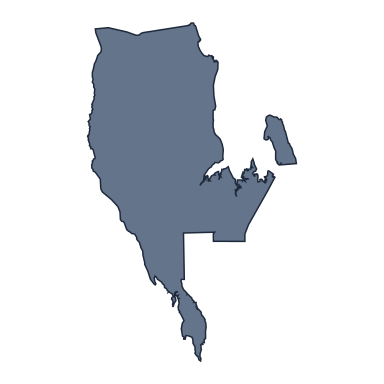 outline of Kati, Zanzibar South and Central, United Republic of Tanzania
{"feature_id": "72390352B68738670078554", "entity_name": "Kati", "entity_type": "district", "adm_level": 2, "iso_a3": "TZA", "parent_name": "United Republic of Tanzania", "parent_adm1": "Zanzibar South and Central", "projection": "robinson", "projection_center": [39.392, -6.207], "detail": "fine", "context": "isolated", "style": "filled", "palette": "slate", "viewbox_px": 384, "rotation_deg": 0, "n_neighbors": 0, "source": "geoboundaries", "source_scale": "gbopen_adm2", "svg_char_len": 6004}
<svg xmlns="http://www.w3.org/2000/svg" viewBox="0 0 384 384"><path d="M95.3,28.9L95.9,33.0L101.0,46.4L101.4,48.8L101.0,51.8L97.8,55.4L95.8,61.3L94.5,63.6L93.0,70.6L92.4,72.0L92.3,76.6L93.1,79.3L92.3,82.2L93.8,84.3L93.7,87.1L94.8,89.0L94.3,93.6L94.9,95.2L93.9,96.9L94.3,98.7L91.8,104.5L92.5,105.3L91.9,106.4L92.0,107.8L93.0,109.2L91.9,110.4L92.1,111.9L91.5,113.7L89.6,114.5L90.4,119.1L88.2,121.5L89.0,123.1L89.2,125.8L90.3,126.5L89.5,128.3L89.8,130.4L89.3,131.7L89.2,134.0L88.6,134.7L88.5,135.8L87.9,135.6L87.6,136.4L88.7,138.9L88.2,139.8L89.8,144.2L89.4,145.6L90.8,146.9L90.5,147.5L91.1,148.3L90.9,148.7L92.2,148.7L93.1,149.6L95.2,157.8L94.8,158.7L93.6,159.0L93.2,160.4L92.3,161.1L92.5,162.8L91.7,164.9L91.9,168.1L92.9,169.3L93.3,171.2L95.2,172.1L100.3,179.1L100.7,187.4L101.1,189.5L102.5,192.1L111.4,199.5L117.9,206.6L120.0,211.9L120.4,219.4L121.6,221.2L123.5,221.7L124.4,223.1L126.8,229.8L127.5,230.0L128.2,231.0L130.8,232.5L131.4,233.4L134.7,234.1L136.8,237.6L136.6,238.7L137.4,240.2L139.4,242.4L141.0,247.9L142.7,251.0L143.0,255.3L144.8,263.0L144.7,264.4L147.8,271.1L150.5,279.4L154.4,284.4L155.4,284.8L155.9,283.7L154.8,281.6L154.2,277.8L155.0,277.1L155.1,276.1L156.2,276.9L157.4,279.2L161.7,282.1L162.5,283.7L164.3,285.3L164.6,287.6L166.4,288.5L167.4,290.6L168.4,291.3L168.2,292.3L168.9,291.7L172.1,294.0L173.4,296.4L171.8,297.7L171.6,299.3L172.6,300.3L173.1,302.2L172.5,304.3L173.1,305.4L172.6,306.2L172.9,306.5L173.4,306.2L174.0,303.6L175.9,300.7L175.4,297.9L174.7,297.1L174.6,293.0L176.2,291.6L178.1,291.9L176.6,292.0L175.1,293.0L176.3,296.0L178.1,295.4L177.5,296.4L177.6,298.0L179.1,298.5L178.3,299.2L179.1,303.0L178.1,307.1L178.6,310.1L179.8,311.3L179.3,312.1L180.8,314.1L184.0,320.6L182.3,323.3L181.3,328.8L182.5,336.1L184.0,337.1L183.7,339.1L185.3,339.1L185.8,335.6L188.3,335.8L191.9,337.2L192.9,339.7L193.0,343.3L195.1,347.1L194.9,348.7L195.5,352.1L194.9,353.2L196.6,355.7L197.9,356.6L199.0,359.9L200.6,361.0L200.9,358.5L200.0,356.8L200.0,353.9L201.4,349.5L201.0,348.8L201.1,347.0L200.6,345.1L201.7,344.0L202.0,344.6L202.9,344.4L202.6,343.1L203.4,342.4L204.3,342.6L204.0,340.4L204.7,339.6L204.5,339.2L205.6,338.4L205.5,331.0L206.1,327.5L205.8,323.0L204.9,320.8L205.1,319.7L202.9,316.2L201.8,315.5L201.0,312.0L198.5,309.2L197.9,308.9L197.6,309.3L196.9,308.6L197.5,308.1L196.8,306.3L196.3,306.4L196.7,305.9L196.0,304.0L196.1,302.5L193.6,302.4L194.0,301.3L192.0,299.2L191.8,298.0L187.8,294.2L187.0,294.6L187.0,293.2L183.5,289.5L181.8,285.7L181.9,284.0L181.0,280.7L181.4,279.4L184.3,279.4L183.5,233.0L214.7,232.2L213.3,233.8L213.4,241.3L244.9,241.4L244.9,234.0L248.4,224.9L268.0,190.2L274.9,177.2L273.9,176.5L273.5,177.3L272.5,176.8L272.5,175.6L273.4,174.2L268.8,170.9L267.9,171.1L267.4,175.8L266.0,176.4L265.9,177.2L265.6,176.8L264.5,176.7L264.6,177.4L265.4,178.3L267.2,179.5L266.4,179.2L266.6,181.3L265.9,179.3L265.1,179.6L265.8,182.5L264.9,182.8L264.6,181.3L263.9,182.6L263.9,181.2L262.3,181.0L262.4,179.8L261.0,179.1L259.9,179.6L260.0,181.2L258.1,182.0L257.7,180.8L258.0,176.2L257.7,174.6L257.2,174.0L256.4,173.9L256.0,174.6L254.9,174.0L254.3,175.3L255.1,176.6L254.0,175.6L252.7,173.4L253.6,171.9L255.5,171.2L256.6,169.0L254.1,163.8L254.3,163.3L252.8,158.9L251.2,161.8L251.3,164.4L250.8,165.6L252.4,167.4L251.1,167.4L250.3,166.7L251.2,168.4L250.4,169.1L249.0,169.1L248.4,169.5L248.3,170.6L247.6,170.8L247.4,169.8L246.6,170.3L247.3,169.3L247.0,168.9L246.5,168.8L246.2,169.9L244.7,169.5L243.9,173.2L243.4,173.8L242.9,172.7L241.9,175.6L243.2,176.5L244.2,176.3L243.3,176.8L242.1,176.5L241.4,177.1L242.9,178.6L244.2,178.2L245.9,178.8L247.3,178.6L247.9,178.9L244.3,179.8L245.0,181.2L243.0,179.9L242.3,181.1L241.6,180.0L237.4,180.0L237.0,182.6L237.4,184.0L239.9,185.7L241.5,188.2L239.9,187.0L239.4,186.0L238.8,186.3L238.9,187.4L239.5,187.8L238.8,187.8L238.7,188.7L236.5,191.1L235.6,193.4L236.4,195.4L236.6,196.5L235.4,193.6L235.8,191.0L235.3,190.6L235.4,190.0L236.0,190.5L238.0,187.3L237.8,186.7L235.4,183.3L235.3,179.4L233.2,177.9L229.4,170.4L228.3,166.7L225.8,168.5L223.5,169.0L223.1,169.6L221.9,169.3L221.2,172.7L220.7,173.0L220.9,173.7L220.4,173.4L219.8,174.5L220.8,176.7L220.3,176.4L218.7,179.8L219.6,176.8L218.7,174.4L218.6,171.5L218.2,171.4L215.3,172.9L214.3,174.0L214.9,174.9L214.0,174.6L211.5,175.9L209.3,179.5L210.1,180.7L209.2,180.4L208.4,181.0L208.0,177.6L207.1,177.6L208.0,176.7L207.7,175.9L207.3,176.0L207.7,175.2L206.2,176.4L206.0,177.4L205.5,177.3L205.1,176.4L204.8,176.9L205.3,178.4L204.6,177.9L204.5,178.7L205.2,179.5L204.4,179.3L203.8,181.4L201.9,182.9L200.0,185.4L201.0,183.4L203.5,180.8L204.2,175.2L208.6,168.7L211.4,166.8L212.2,165.2L214.3,163.5L214.8,162.5L218.6,162.8L220.0,161.7L220.3,160.9L221.8,160.6L223.1,159.5L222.8,156.2L223.3,149.7L222.3,144.6L220.7,140.4L219.7,138.5L215.0,134.1L215.0,133.4L214.0,131.9L213.9,129.7L213.1,127.3L213.1,122.3L213.5,120.1L213.1,118.6L213.1,110.9L213.5,110.1L214.8,109.9L215.7,106.4L213.9,95.9L213.4,85.4L215.1,76.7L217.8,69.4L218.0,62.5L217.5,61.2L216.6,61.6L216.0,60.4L214.8,62.0L214.0,61.6L214.3,60.6L212.7,58.8L213.3,58.5L213.4,57.0L213.0,56.8L212.8,57.4L212.2,57.4L211.8,55.7L210.3,55.9L208.8,55.1L207.9,56.4L207.3,56.5L204.2,55.7L202.0,53.4L200.0,50.3L198.3,46.4L197.9,43.1L198.3,41.7L199.5,41.6L199.5,40.2L200.4,40.3L200.6,39.4L198.6,35.8L195.7,26.4L195.2,25.6L194.4,25.5L193.6,23.1L191.2,23.0L189.2,25.3L188.4,25.1L187.9,25.6L143.3,32.6L141.2,33.3L139.1,35.0L136.2,35.3L127.0,32.0L108.3,27.7L95.3,28.9ZM296.4,163.6L295.6,158.5L293.3,154.1L292.3,149.6L291.4,147.4L290.3,146.1L289.4,143.5L288.4,143.3L285.3,131.2L284.6,130.5L283.6,126.0L282.3,122.7L282.5,122.1L281.6,120.9L281.6,119.7L280.6,118.9L280.1,119.6L279.1,119.5L277.0,117.2L274.1,117.0L270.0,115.1L268.6,115.5L266.4,117.0L265.7,120.3L267.3,126.0L264.7,131.7L264.0,138.7L265.9,140.0L267.7,139.6L268.3,139.1L268.7,137.7L267.6,136.3L270.1,137.7L270.6,139.9L272.3,142.0L274.1,147.8L275.7,151.0L275.6,159.2L276.3,160.9L277.6,162.3L277.1,162.6L277.6,163.6L278.6,164.5L280.0,164.5L281.6,162.5L280.1,164.9L296.4,163.6Z" fill="#64748b" stroke="#1e293b" stroke-width="1.5"/></svg>